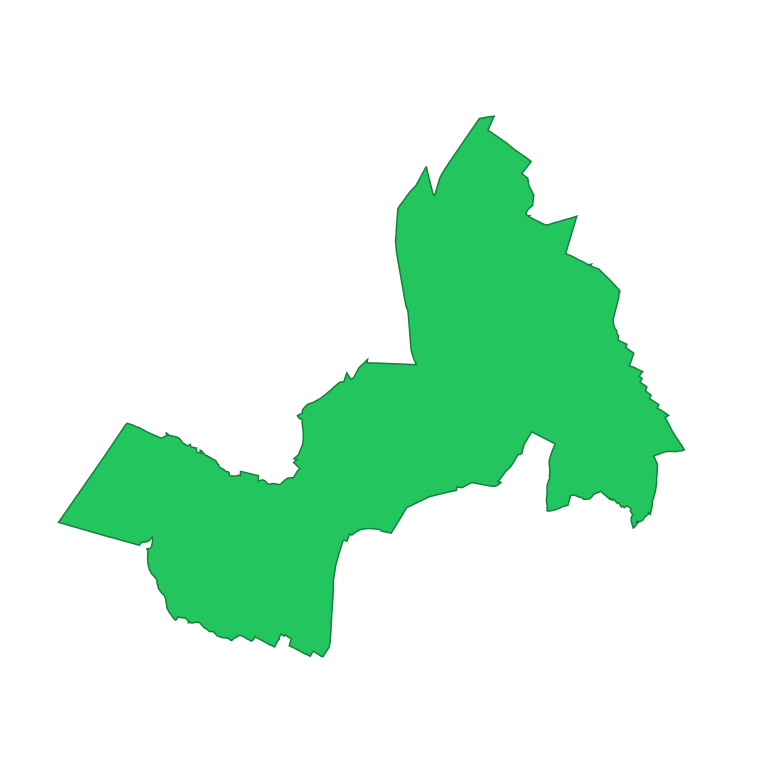 the district of Tlanalapa, Hidalgo, Mexico, rotated 187°
{"feature_id": "50627088B50313266532501", "entity_name": "Tlanalapa", "entity_type": "district", "adm_level": 2, "iso_a3": "MEX", "parent_name": "Mexico", "parent_adm1": "Hidalgo", "projection": "robinson", "projection_center": [-98.588, 19.828], "detail": "fine", "context": "isolated", "style": "filled", "palette": "green", "viewbox_px": 768, "rotation_deg": 187, "n_neighbors": 0, "source": "geoboundaries", "source_scale": "gbopen_adm2", "svg_char_len": 6141}
<svg xmlns="http://www.w3.org/2000/svg" viewBox="0 0 768 768"><g transform="rotate(187 384 384)"><path d="M549.0,123.1L548.0,124.2L546.8,123.4L545.7,123.3L540.8,124.8L539.3,124.9L537.5,124.4L536.1,123.0L532.4,119.9L529.7,119.1L528.1,117.6L526.4,117.1L523.1,117.4L520.9,115.3L519.8,114.6L519.0,113.9L516.6,113.1L513.0,112.5L511.3,112.7L508.3,112.7L507.1,112.4L504.8,110.9L504.0,110.8L502.8,112.3L501.8,113.3L498.1,115.8L497.0,116.8L496.0,116.9L492.1,115.9L490.8,115.3L489.8,114.6L487.3,113.9L484.6,112.6L483.9,113.0L483.5,113.6L482.9,113.8L482.5,114.3L482.3,115.2L481.1,116.9L481.1,117.4L465.2,111.1L460.4,109.7L460.4,109.9L458.1,116.4L456.9,117.9L457.1,119.6L455.9,123.1L452.5,121.6L451.5,123.1L448.6,121.3L445.1,119.9L445.0,119.7L446.2,112.7L439.4,110.4L429.2,106.4L427.7,106.1L424.1,104.7L421.8,110.1L421.3,110.2L413.4,106.2L411.4,105.8L406.4,116.1L406.0,121.0L406.8,135.3L407.8,148.9L408.7,166.1L409.4,175.9L410.3,182.0L410.3,182.8L409.8,198.2L408.1,209.6L405.4,224.1L405.2,224.2L401.6,223.5L399.9,230.8L397.6,230.1L394.2,233.3L391.6,235.3L388.7,237.1L387.4,237.1L386.0,237.8L381.1,238.8L372.3,239.1L370.4,238.9L367.8,237.5L364.1,237.4L362.0,237.1L358.6,236.9L346.4,264.0L325.4,277.6L308.7,284.0L299.2,287.2L299.0,290.7L294.0,290.6L284.9,296.9L266.3,295.7L263.4,295.8L261.2,296.1L259.3,297.0L257.6,298.9L256.4,299.8L255.8,300.5L256.6,300.8L259.2,301.1L257.5,303.1L252.8,311.7L248.8,316.7L247.6,318.6L245.8,322.3L243.6,327.6L242.4,330.0L238.7,331.6L238.5,334.5L237.6,340.6L237.3,341.6L232.0,353.6L231.4,354.4L206.8,345.5L209.1,337.1L209.9,333.5L210.6,328.5L210.6,325.9L209.1,319.8L209.0,317.9L208.5,315.2L208.8,313.6L208.0,311.0L208.9,308.2L208.9,306.9L209.4,305.8L209.6,302.3L209.5,300.2L208.9,296.9L209.0,295.8L208.7,294.6L208.8,293.0L208.7,289.4L208.4,286.9L207.9,286.5L207.7,285.5L207.8,284.6L207.2,283.5L207.0,282.8L207.2,281.2L207.0,280.4L206.8,280.0L206.8,279.1L206.5,277.8L203.9,278.2L200.0,279.5L196.1,281.3L191.2,284.3L186.7,286.0L185.2,295.9L182.4,296.9L181.4,296.9L177.0,295.6L173.0,295.1L172.4,294.1L171.8,294.0L170.3,294.0L167.8,294.8L166.4,294.8L165.2,295.6L162.0,300.4L155.6,303.9L153.7,302.4L145.5,296.9L145.1,298.0L143.0,296.4L142.3,297.7L137.7,293.9L137.0,294.8L135.0,293.1L135.0,292.5L133.4,290.8L131.8,291.8L130.5,290.4L128.2,292.6L127.6,292.2L126.0,291.9L124.5,290.8L123.3,290.3L124.1,287.8L121.3,284.8L122.4,280.8L121.9,278.0L119.1,271.4L118.0,272.4L115.4,276.7L116.7,277.8L115.5,278.9L115.1,277.4L110.5,280.3L109.5,283.1L105.4,287.5L105.6,288.3L103.8,287.1L102.9,296.6L103.3,300.7L102.5,304.0L101.5,311.7L101.4,319.5L101.9,323.2L102.0,327.5L102.7,337.3L106.2,343.4L107.8,345.1L105.7,346.5L101.5,348.4L99.6,349.7L95.3,351.4L93.3,351.8L86.4,352.4L84.3,352.8L83.1,353.6L80.1,354.0L78.3,354.9L77.8,355.3L79.5,357.2L81.2,359.6L82.9,361.4L84.1,362.2L84.4,363.5L86.0,364.9L92.3,372.6L96.2,378.5L100.9,385.1L97.7,387.5L101.6,389.7L106.9,392.2L109.8,393.1L108.7,397.0L118.8,402.0L117.5,405.5L120.8,407.3L123.6,409.1L122.8,413.3L130.0,416.9L128.5,420.9L131.7,422.8L128.8,427.9L135.8,430.1L136.8,430.8L138.6,431.2L142.6,431.7L139.9,444.6L140.2,445.3L148.3,449.4L147.8,453.1L148.8,453.2L157.1,456.2L157.0,460.4L158.6,461.9L159.6,465.1L160.1,466.0L161.3,466.9L163.0,470.1L164.5,475.5L161.6,498.0L161.5,500.0L161.8,501.1L161.6,503.4L161.2,503.7L161.4,505.5L171.5,514.0L185.2,524.5L185.7,524.6L186.7,524.5L193.8,526.6L192.7,528.2L196.0,527.3L202.6,530.0L205.9,530.9L210.6,532.9L219.6,535.7L213.1,574.1L217.6,571.9L225.5,568.7L231.3,566.0L234.8,564.8L239.2,562.6L242.8,561.4L260.5,567.6L259.8,568.9L261.0,568.5L262.8,568.9L263.9,570.4L262.8,573.7L262.0,575.1L261.2,576.0L260.0,577.5L258.3,579.1L258.3,589.5L264.4,598.8L266.4,605.8L272.9,609.6L265.0,622.7L269.6,625.5L283.8,633.0L291.7,638.1L311.8,648.7L307.3,663.3L312.8,661.9L321.6,659.2L322.0,658.6L343.9,616.5L350.4,603.5L352.3,599.3L353.8,594.7L356.7,577.2L357.0,577.1L357.4,577.3L358.7,579.2L366.6,599.5L367.5,601.9L367.9,603.8L368.4,604.3L368.8,604.4L376.5,584.8L376.9,584.1L378.4,582.3L381.8,577.7L387.1,568.1L390.4,562.5L391.6,559.5L390.5,536.1L390.2,534.3L390.1,528.0L387.7,516.5L373.0,468.1L371.6,464.0L369.2,459.4L367.9,453.7L361.8,423.6L360.6,419.4L357.4,412.4L355.9,409.7L354.2,407.1L392.2,404.0L403.5,402.9L403.3,406.4L404.3,405.4L406.7,401.8L409.3,399.0L410.9,396.9L414.9,386.5L417.6,384.7L422.3,390.6L424.3,380.8L426.8,381.0L428.5,380.0L433.6,374.6L435.7,371.7L437.7,369.9L440.8,366.4L445.3,362.0L451.8,357.3L457.0,354.7L458.8,352.8L461.5,349.0L461.7,345.3L462.5,344.5L466.1,342.2L465.4,341.0L463.6,339.3L461.5,339.1L460.6,337.9L460.7,336.2L458.2,326.1L457.4,319.1L457.3,314.4L459.3,307.3L460.2,303.4L464.3,298.9L464.3,298.7L461.2,298.5L464.2,294.9L461.5,293.2L457.3,289.8L459.7,286.5L460.9,283.3L462.6,280.0L466.8,279.2L468.5,278.6L470.9,276.3L474.9,271.5L482.7,271.7L484.5,270.8L486.6,270.6L488.1,271.5L490.3,273.4L492.5,274.1L496.9,272.5L497.5,277.7L515.8,279.8L515.3,275.5L516.5,275.9L517.5,275.7L519.0,274.8L520.2,274.4L522.2,274.4L524.8,274.1L525.8,274.2L526.3,274.5L526.7,276.4L527.2,277.2L528.0,277.9L530.4,277.8L532.9,279.8L537.2,281.5L537.5,281.8L538.4,283.9L539.0,284.0L541.8,287.4L543.0,287.9L543.0,288.1L545.2,288.7L551.2,291.4L552.3,291.2L554.2,292.9L555.1,293.3L555.4,294.1L556.3,294.6L556.7,295.4L557.8,295.9L558.6,295.6L558.5,295.4L556.9,293.1L561.6,293.6L562.5,297.2L562.3,297.5L568.0,298.0L568.8,300.5L570.1,299.8L571.4,298.5L576.9,301.3L579.1,303.7L581.1,305.5L583.7,306.2L590.1,306.8L591.7,306.8L591.8,307.5L594.6,309.3L593.1,306.6L598.4,303.1L612.1,307.1L616.4,308.7L622.1,311.1L624.4,311.2L628.0,312.6L634.2,313.7L635.8,311.4L652.7,278.2L690.2,207.0L636.9,198.5L636.5,198.6L607.0,194.1L606.7,195.3L605.7,196.8L603.9,197.5L600.6,198.4L598.9,199.2L597.6,200.3L596.4,202.6L595.2,203.8L594.7,200.9L594.7,197.2L595.2,193.9L595.7,192.6L599.3,191.5L598.3,189.9L597.8,188.1L597.7,184.9L597.2,181.1L596.1,175.7L595.1,173.4L594.4,171.4L591.4,167.1L588.0,164.4L585.7,162.3L585.2,159.6L584.6,157.8L583.6,155.6L582.9,153.6L580.0,150.2L576.0,147.0L574.5,144.0L573.7,140.8L571.7,134.4L568.3,129.9L567.2,129.1L565.7,127.2L562.5,124.2L561.0,125.1L560.6,127.4L552.6,127.5L549.5,124.9L549.0,123.1Z" fill="#22c55e" stroke="#15803d" stroke-width="1.5"/></g></svg>